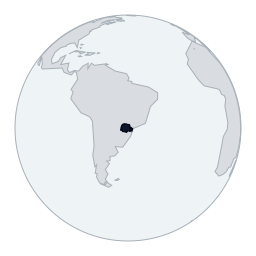 Paraná highlighted on a globe, orthographic projection
{"feature_id": "BRA-613", "entity_name": "Paraná", "entity_type": "State", "adm_level": 1, "iso_a3": "BRA", "parent_name": "Brazil", "parent_adm1": "", "projection": "orthographic", "projection_center": [-50.532, -24.613], "detail": "fine", "context": "on_globe", "style": "filled", "palette": "ink", "viewbox_px": 256, "rotation_deg": 0, "n_neighbors": 0, "source": "natural_earth", "source_scale": "10m", "svg_char_len": 6158}
<svg xmlns="http://www.w3.org/2000/svg" viewBox="0 0 256 256"><circle cx="128" cy="128" r="113" fill="#eef3f6" stroke="#a8b0b8"/><path d="M87.4,22.9L87.2,23.0L94.1,21.2L92.7,22.0L93.4,22.6L95.8,21.5L96.1,20.8L100.8,19.3L100.6,18.9L102.5,18.4L103.8,18.0L107.4,17.3L110.2,16.9L109.3,17.4L110.5,17.3L114.5,16.5L115.8,17.3L121.9,18.0L121.8,18.5L116.1,19.7L108.3,20.4L100.9,23.3L109.6,20.8L109.2,22.5L110.8,22.7L113.1,22.4L114.7,21.6L115.4,22.2L107.1,24.6L106.3,24.0L109.0,23.2L105.3,23.7L99.7,25.9L100.0,26.9L91.3,30.1L91.4,30.9L89.5,32.3L90.0,30.6L89.0,33.9L78.8,40.2L77.3,47.6L74.6,42.9L71.1,43.4L66.6,45.1L66.3,46.2L60.9,47.6L55.0,52.4L51.4,59.5L52.1,63.8L58.3,61.3L60.8,57.6L65.7,55.3L60.7,64.6L69.0,63.0L67.4,69.8L69.6,72.6L74.1,70.5L78.7,71.0L82.4,66.4L88.2,63.2L87.8,68.7L91.4,63.2L94.4,65.3L106.2,63.8L105.2,65.1L115.1,71.0L126.5,73.7L129.1,78.0L127.7,80.7L131.8,81.5L131.8,83.3L148.6,87.1L157.6,92.7L157.6,99.3L150.5,106.4L145.4,123.3L133.1,128.6L130.8,136.0L122.7,147.2L115.2,146.6L118.2,152.2L114.7,155.9L110.0,156.4L110.0,160.6L106.6,161.0L109.4,163.6L105.3,169.6L108.0,174.1L105.3,179.1L107.2,181.8L105.7,181.9L104.4,183.1L104.7,184.7L99.5,182.8L96.5,176.8L97.2,173.5L95.2,173.3L96.6,164.9L94.9,166.9L92.8,155.4L94.1,145.9L92.4,121.0L89.6,116.7L81.1,112.9L70.8,98.8L73.0,91.9L71.0,89.4L77.7,79.3L76.3,72.1L74.0,71.6L71.5,75.0L64.2,72.5L62.1,68.0L42.6,69.0L41.3,67.7L42.4,63.9L41.8,56.7L39.3,65.4L38.0,64.9L38.0,62.5L39.4,60.7L41.2,56.6L40.8,56.7L41.6,55.7L47.1,49.6L52.9,44.0L59.2,38.8L65.8,34.1L72.7,29.9L79.9,26.1L87.4,22.9ZM76.1,50.5L85.6,52.2L79.5,54.0L80.8,53.0L78.5,51.9L74.0,51.6L68.9,53.9L76.1,50.5ZM81.8,44.9L80.1,45.0L81.9,44.6L81.8,44.9ZM101.7,18.5L102.7,18.2L102.0,18.4L101.7,18.5ZM108.7,187.3L100.2,183.7L104.8,185.2L106.8,182.3L111.7,185.3L108.7,187.3ZM115.1,180.1L118.1,178.5L119.2,179.3L117.4,180.5L115.1,180.1ZM199.8,41.2L200.2,41.5L202.0,43.1L207.5,48.2L209.5,50.3L206.7,47.5L197.3,39.3L194.3,37.7L195.5,41.8L192.7,41.1L187.9,38.5L182.2,32.3L189.3,34.8L187.3,33.1L181.4,29.5L184.1,30.8L182.6,29.8L184.8,30.8L184.0,30.3L192.1,35.4L199.8,41.2ZM240.5,134.4L240.3,136.1L238.6,147.9L236.2,156.9L233.6,159.1L230.6,166.9L228.7,167.4L226.4,171.5L223.1,174.4L218.8,176.0L215.0,171.5L217.4,167.3L219.4,157.5L223.4,136.4L227.2,129.4L227.9,122.7L224.9,106.1L225.7,99.3L224.2,95.4L221.6,94.5L219.6,90.0L217.7,88.9L204.0,85.8L198.1,79.5L187.2,63.9L188.5,59.4L185.8,53.6L192.2,41.1L196.8,43.5L205.6,47.2L207.3,48.7L209.8,52.1L219.2,62.3L218.0,60.3L218.7,61.2L223.5,68.3L227.8,75.9L231.6,83.7L234.7,91.8L237.1,100.1L238.9,108.6L240.1,117.1L240.6,125.8L240.5,134.4ZM193.8,48.0L194.6,49.5L193.8,48.0ZM106.6,63.7L108.0,64.6L106.0,64.8L106.6,63.7ZM78.4,56.2L80.5,55.8L81.6,56.3L79.8,56.9L78.4,56.2ZM97.5,52.8L100.2,52.9L97.3,53.7L97.5,52.8ZM87.2,52.4L95.4,53.0L89.8,55.3L84.6,55.1L88.4,54.0L87.2,52.4ZM80.1,47.7L81.4,47.7L80.8,48.6L80.1,47.7ZM83.1,44.6L82.5,44.8L82.1,44.3L83.1,44.6ZM109.7,22.4L110.4,22.2L112.6,22.1L111.3,22.5L109.7,22.4ZM123.8,20.3L124.6,21.4L123.1,20.7L121.5,21.3L116.3,20.9L121.5,18.7L120.1,19.7L123.8,20.3ZM110.9,20.3L113.6,20.5L110.5,20.4L110.9,20.3ZM171.9,24.4L174.1,25.3L175.3,26.0L173.3,25.5L171.4,24.4L171.9,24.4ZM175.5,25.8L181.9,29.1L183.5,30.0L178.8,28.0L179.5,28.0L177.3,27.0L176.9,26.6L172.0,24.3L175.5,25.8ZM115.1,16.1L115.7,16.1L112.4,16.5L113.7,16.4L110.0,16.8L115.1,16.1ZM136.4,15.7L134.9,15.7L135.0,16.0L130.2,15.7L127.0,15.4L126.2,15.4L136.4,15.7ZM207.0,48.1L207.9,48.9L208.9,49.7L210.4,51.4L207.0,48.1ZM200.7,42.5L201.2,42.7L203.8,45.2L202.8,44.6L200.7,42.5ZM199.3,41.0L201.0,42.6L199.5,41.3L199.3,41.0ZM192.8,220.1L190.6,221.7L191.5,221.0L192.8,220.1ZM232.5,169.9L229.2,176.8L229.8,174.6L232.2,169.3L235.8,160.5L235.9,160.4L232.5,169.9Z" fill="#d9dde1" stroke="#a8b0b8" stroke-width="1"/><path d="M121.2,128.4L121.2,128.1L121.2,127.9L121.3,127.7L121.3,127.4L121.2,127.3L121.2,127.2L121.3,127.0L121.4,126.9L121.5,126.9L121.6,126.7L121.7,126.4L121.7,126.2L121.8,125.9L121.8,125.7L122.0,125.7L122.4,125.1L122.4,124.9L122.5,124.7L123.2,124.3L123.3,124.3L123.5,124.1L123.8,124.1L124.1,124.1L124.3,124.0L124.5,124.1L124.8,124.1L125.0,124.1L125.1,123.9L125.4,124.0L125.6,124.1L125.8,124.1L126.0,124.2L126.3,124.2L126.5,124.1L126.8,124.3L127.0,124.4L127.4,124.5L127.5,124.6L127.8,124.7L128.0,124.7L128.3,124.7L128.5,124.7L128.9,124.7L129.0,124.7L129.0,124.8L129.3,125.0L129.5,125.1L129.6,125.3L129.7,125.6L129.6,125.8L129.6,126.0L129.8,126.2L129.7,126.5L129.8,126.7L129.9,126.8L130.0,126.9L130.0,127.0L130.2,127.3L130.3,127.5L130.2,127.7L130.3,127.7L130.2,127.8L130.2,128.0L130.4,128.2L130.5,128.1L130.8,128.1L131.0,128.1L131.3,128.2L131.5,128.2L131.6,128.3L131.6,128.5L131.5,128.8L131.6,129.0L131.6,128.9L131.8,128.7L131.9,128.8L132.0,128.8L132.2,129.1L132.3,129.3L132.4,129.2L132.4,129.3L132.2,129.5L132.1,129.4L132.3,129.3L132.2,129.4L132.0,129.5L131.9,129.5L131.9,129.4L131.9,129.2L131.9,129.3L131.7,129.3L131.6,129.5L131.8,129.6L131.7,129.6L131.4,129.7L131.2,129.5L131.3,129.6L131.2,129.7L131.2,129.8L131.4,129.8L131.5,129.8L131.8,129.9L131.7,130.0L131.6,130.3L131.4,130.4L131.5,130.4L131.4,130.4L131.5,130.5L131.4,130.5L131.3,130.4L131.2,130.5L131.5,130.5L131.4,130.7L130.9,130.7L130.8,130.8L130.7,130.8L130.6,130.7L130.6,130.8L130.5,130.7L130.5,130.8L130.3,130.8L130.2,130.9L130.0,131.0L129.9,131.1L129.7,131.2L129.4,131.0L129.3,130.9L129.1,130.8L128.9,130.8L128.6,130.8L128.4,130.8L128.2,130.8L127.9,130.7L127.9,130.8L128.0,130.8L127.8,130.8L127.7,131.0L127.4,131.2L127.3,131.3L127.3,131.2L127.2,131.3L127.2,131.2L126.9,131.3L126.7,131.4L126.7,131.5L126.8,131.8L126.7,132.0L126.4,132.1L126.3,131.9L126.1,131.9L125.9,131.9L125.6,131.9L125.4,131.9L125.2,131.8L125.2,131.7L124.9,131.6L124.7,131.6L124.3,131.5L124.2,131.5L124.0,131.4L123.8,131.5L123.7,131.5L123.2,131.3L122.8,131.4L122.7,131.4L122.5,131.2L122.4,131.0L122.3,130.8L122.2,130.7L122.1,130.4L122.1,130.2L121.9,130.1L121.8,129.9L121.8,130.0L121.7,129.9L121.7,130.0L121.6,129.9L121.5,130.0L121.4,130.0L121.3,129.9L121.2,130.0L120.9,130.1L120.8,129.9L120.8,129.7L120.9,129.4L121.0,129.3L121.1,129.2L121.0,128.9L121.1,128.5L121.2,128.4ZM131.9,129.5L132.0,129.5L132.0,129.8L131.9,129.7L131.9,129.5Z" fill="#0f172a" stroke="#020617" stroke-width="1.5"/></svg>